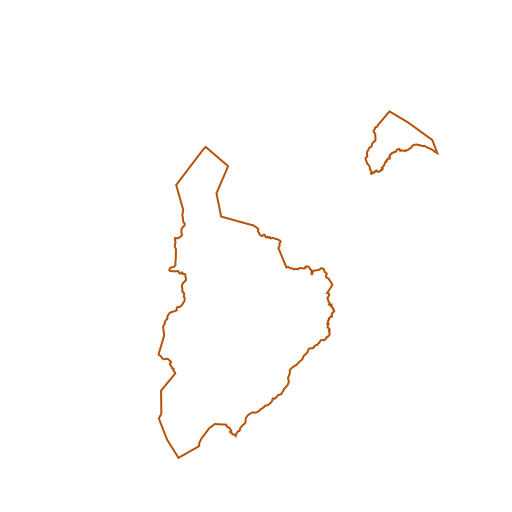 Gracias, Lempira, Honduras (Mercator projection), rotated 311°
{"feature_id": "27666195B65386405180850", "entity_name": "Gracias", "entity_type": "district", "adm_level": 2, "iso_a3": "HND", "parent_name": "Honduras", "parent_adm1": "Lempira", "projection": "mercator", "projection_center": [-88.54, 14.629], "detail": "fine", "context": "isolated", "style": "outline", "palette": "amber", "viewbox_px": 512, "rotation_deg": 311, "n_neighbors": 0, "source": "geoboundaries", "source_scale": "gbopen_adm2", "svg_char_len": 6157}
<svg xmlns="http://www.w3.org/2000/svg" viewBox="0 0 512 512"><g transform="rotate(311 256 256)"><path d="M52.8,329.9L75.2,337.8L77.2,336.1L82.1,334.6L95.2,333.7L102.1,335.1L109.1,344.0L109.0,344.8L108.4,345.4L108.1,345.8L108.2,346.9L108.9,348.2L108.4,349.9L108.1,351.8L107.8,352.1L106.2,351.7L106.1,352.0L106.1,352.7L106.5,353.9L106.0,355.2L107.1,357.1L106.9,358.7L107.8,358.1L108.7,358.0L111.5,357.3L112.1,357.5L113.0,358.2L113.7,358.2L116.1,356.9L120.5,357.1L122.6,357.5L124.1,356.9L125.8,355.3L126.9,355.0L127.8,354.5L131.0,354.4L135.3,355.7L136.0,356.4L137.2,358.2L138.8,359.2L140.2,359.8L141.3,360.0L143.6,360.0L144.3,360.4L146.6,361.0L147.1,361.2L148.5,360.9L151.5,362.8L155.0,363.4L157.5,363.2L159.1,362.2L159.6,362.2L159.9,362.3L160.4,363.5L160.8,363.9L162.1,364.0L165.3,364.0L166.2,364.3L168.3,365.7L169.9,365.2L172.1,365.1L173.5,364.5L174.3,364.4L175.2,364.4L176.5,364.7L177.7,364.4L178.7,364.6L182.3,363.5L183.0,363.0L184.1,361.2L185.1,360.1L189.6,358.5L190.1,358.2L191.4,356.7L192.7,356.4L194.4,356.4L197.6,357.0L200.0,357.9L204.7,358.2L207.7,358.6L210.2,358.3L211.5,357.5L216.2,358.1L217.8,357.7L219.6,357.0L220.8,356.9L221.9,357.3L222.9,358.9L224.4,359.6L225.1,359.7L225.9,359.2L226.3,359.2L228.2,359.8L229.3,360.6L230.2,360.4L231.4,360.6L234.8,360.2L235.7,360.7L237.2,362.7L238.4,363.0L239.3,362.7L240.1,363.1L240.7,362.7L241.5,362.6L242.1,363.1L243.0,363.3L243.9,363.1L244.6,363.2L245.1,363.0L246.1,362.1L246.7,361.4L246.7,361.0L247.6,360.8L247.5,360.2L247.7,359.8L248.8,359.6L249.2,359.3L249.1,356.9L249.5,356.8L250.0,356.0L251.0,355.6L252.1,355.5L251.6,354.3L251.7,354.1L253.8,353.6L254.2,353.3L254.5,352.7L255.9,352.9L256.2,352.3L256.9,351.9L258.0,352.3L258.6,352.1L259.8,352.3L260.2,353.1L260.8,352.5L261.4,351.5L262.3,351.0L263.4,351.2L264.4,351.0L265.4,351.4L265.7,351.3L266.5,349.6L266.8,349.3L266.6,348.5L267.3,348.0L267.2,345.7L267.5,345.4L268.6,345.3L268.9,345.0L268.3,344.7L267.5,343.9L267.1,342.9L268.6,342.6L269.0,342.4L269.1,340.6L270.1,339.5L271.0,337.5L273.9,337.1L274.7,336.6L275.5,335.6L274.6,334.0L284.1,332.7L285.3,330.3L286.3,326.4L286.5,325.0L286.0,323.3L286.0,322.9L286.3,322.4L287.2,321.7L288.4,321.5L289.0,321.0L289.3,320.2L289.0,318.9L289.1,317.9L290.4,316.3L290.5,315.7L290.2,314.3L289.7,313.2L287.7,312.9L286.9,312.5L284.5,310.8L282.5,308.9L281.7,309.0L279.3,310.3L278.9,310.3L278.8,309.9L279.0,309.4L281.1,307.7L281.7,307.0L281.6,305.0L282.5,303.5L282.2,302.4L281.2,300.7L280.8,300.5L280.2,300.4L279.4,301.2L278.6,300.8L277.1,299.3L276.3,297.7L275.6,297.0L275.3,296.7L273.4,296.3L272.5,294.6L270.7,293.3L270.7,292.0L270.4,291.4L269.4,290.4L268.8,287.5L267.3,286.5L276.7,267.7L277.4,267.4L279.3,267.1L280.9,265.4L282.8,265.4L283.2,264.8L283.4,264.0L282.9,262.5L282.8,261.1L281.9,259.9L280.8,256.9L280.3,256.3L279.3,255.9L278.9,255.5L278.9,255.0L279.3,254.3L279.4,254.0L278.1,253.6L278.1,252.1L277.0,251.9L276.7,251.5L276.8,250.3L277.6,248.8L277.5,248.1L277.0,247.8L275.2,247.7L274.6,246.6L274.7,244.1L275.1,243.9L275.4,243.4L275.8,241.4L276.2,241.0L277.2,240.5L278.0,239.8L277.5,234.3L270.9,220.7L262.9,203.8L277.4,185.0L301.0,177.5L305.5,175.9L305.3,146.5L301.0,146.3L257.2,149.2L243.1,170.8L241.1,172.1L239.1,173.1L238.5,173.6L237.2,175.4L236.5,176.0L234.2,178.6L233.8,179.3L233.7,180.8L233.5,181.2L232.4,181.9L231.7,182.0L228.9,181.8L227.7,182.0L227.0,182.4L225.7,183.5L224.2,185.0L223.4,186.4L222.9,186.5L220.9,186.4L218.0,185.3L217.6,185.0L217.1,183.7L216.6,183.2L215.2,184.0L213.7,186.1L211.3,187.5L209.7,188.7L208.5,191.3L201.6,197.0L198.4,199.2L198.3,199.5L196.5,201.1L195.5,201.3L194.0,201.1L192.7,200.5L191.5,199.4L191.0,199.1L189.3,199.4L188.4,199.8L188.3,200.1L188.3,200.7L188.9,201.9L191.8,205.5L193.7,207.2L193.6,207.6L192.8,208.7L192.7,209.9L193.4,210.6L194.6,210.6L195.1,210.9L195.2,211.3L194.4,212.7L195.7,214.1L195.7,214.5L194.9,215.7L193.6,216.8L192.6,218.6L191.9,218.6L191.5,219.0L190.7,218.8L189.9,219.0L188.6,218.6L187.9,218.6L185.4,219.3L184.7,219.9L183.8,220.5L183.4,221.6L182.9,222.0L182.3,222.2L181.7,223.1L180.7,223.8L180.9,224.6L180.7,225.1L180.6,226.3L177.8,228.2L177.8,229.2L176.1,231.0L174.1,231.8L173.1,231.7L171.3,232.2L168.6,232.2L166.8,231.5L166.0,230.3L165.3,230.1L164.3,230.5L163.1,231.8L161.3,231.0L158.4,229.1L156.3,228.2L154.2,228.4L152.6,228.7L151.7,229.2L150.1,230.5L148.9,230.1L147.2,230.2L144.9,231.5L141.7,232.2L135.8,238.8L117.8,247.0L117.7,248.2L117.9,250.0L117.3,252.2L117.4,253.8L117.7,254.3L119.6,255.8L120.4,256.8L120.6,258.3L120.3,260.0L120.5,260.9L120.1,261.7L119.3,261.8L118.6,261.6L117.8,262.0L117.4,264.0L116.3,266.2L116.8,267.3L116.9,267.7L116.5,268.1L115.4,268.6L115.3,270.0L114.5,272.1L92.1,272.7L74.9,288.0L69.6,289.3L59.1,309.3L52.8,329.9ZM452.7,261.9L434.6,262.1L434.1,262.5L433.5,262.6L433.0,262.5L432.0,261.9L430.8,261.7L429.5,262.5L427.4,262.7L427.0,262.9L426.8,263.4L426.6,265.2L426.3,266.2L424.9,267.0L423.9,268.4L421.2,270.5L419.3,269.9L417.7,269.9L416.8,270.1L414.6,271.3L413.9,271.2L412.1,270.5L410.1,271.1L407.5,271.5L404.9,273.6L404.1,274.8L402.3,274.4L401.4,274.6L400.1,276.6L399.9,277.5L398.8,278.8L398.4,282.2L397.7,283.4L396.2,285.0L396.1,285.5L396.4,285.9L396.3,286.1L395.7,286.5L395.2,287.9L393.5,288.8L393.8,289.3L394.3,289.6L395.1,289.8L396.2,289.7L396.3,290.3L396.5,290.5L397.4,290.4L398.1,290.8L398.7,290.4L399.4,290.6L399.6,290.8L399.6,293.0L400.9,293.9L402.7,293.9L403.7,294.8L405.0,294.4L405.1,294.2L404.8,293.8L405.0,293.2L405.7,293.6L406.4,293.1L408.8,293.2L410.8,292.2L411.8,292.4L412.4,291.8L413.3,292.5L414.6,291.6L416.1,291.8L416.8,292.4L416.9,292.9L417.1,293.0L417.9,292.3L418.4,292.3L418.6,292.0L418.5,291.6L419.4,291.5L420.1,290.7L421.8,291.3L422.6,291.0L423.0,291.1L424.5,292.0L425.2,292.0L426.1,293.0L427.2,293.1L428.2,292.6L428.7,292.6L430.6,293.6L430.8,293.8L430.8,294.3L430.6,294.7L430.0,295.2L430.0,295.8L430.5,296.4L431.0,296.4L431.3,296.6L431.6,297.3L432.6,298.7L433.1,300.0L434.0,299.7L435.3,300.9L437.0,301.3L437.6,301.3L439.2,302.1L440.6,301.7L442.9,302.1L443.7,302.5L445.7,304.2L446.1,305.8L447.2,306.8L447.7,308.6L448.5,310.0L449.7,311.0L450.1,313.7L450.3,314.0L451.6,318.2L451.9,320.2L452.0,322.7L452.6,325.3L459.2,312.9L456.5,282.8L452.7,261.9Z" fill="none" stroke="#b45309" stroke-width="2"/></g></svg>